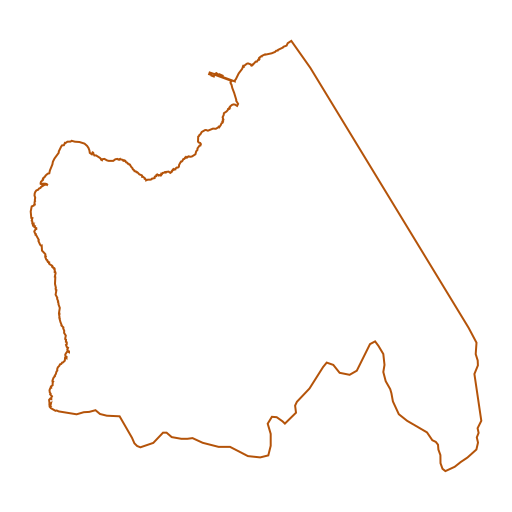 Ngetbong, Ngardmau, Palau (Robinson projection)
{"feature_id": "81905179B3509636164924", "entity_name": "Ngetbong", "entity_type": "district", "adm_level": 2, "iso_a3": "PLW", "parent_name": "Palau", "parent_adm1": "Ngardmau", "projection": "robinson", "projection_center": [134.551, 7.586], "detail": "fine", "context": "isolated", "style": "outline", "palette": "amber", "viewbox_px": 512, "rotation_deg": 0, "n_neighbors": 0, "source": "geoboundaries", "source_scale": "gbopen_adm2", "svg_char_len": 5847}
<svg xmlns="http://www.w3.org/2000/svg" viewBox="0 0 512 512"><path d="M291.3,40.9L287.7,43.2L286.6,45.6L283.4,46.8L283.0,47.5L278.0,49.9L277.8,50.5L276.1,50.8L275.1,51.9L271.7,53.3L265.2,54.7L265.0,54.4L262.0,55.8L261.8,56.4L261.0,56.4L259.1,57.9L259.0,59.0L259.4,59.2L259.0,59.8L258.3,59.6L256.8,61.7L255.7,61.6L252.5,65.1L252.2,64.7L251.3,65.5L250.5,64.3L248.0,63.4L246.7,63.8L244.1,65.9L243.3,65.7L243.0,66.2L243.5,67.0L242.8,67.2L242.1,68.9L238.7,73.4L235.9,79.1L234.8,80.5L234.8,81.4L222.5,76.9L222.7,75.7L219.3,74.2L218.2,74.6L216.4,73.1L214.5,74.1L209.7,72.5L209.1,74.2L211.6,75.0L211.5,75.6L213.8,76.5L214.3,74.6L231.8,81.0L230.5,82.3L230.7,83.4L231.5,84.7L232.3,88.0L234.2,93.0L236.3,100.0L236.2,100.8L238.1,103.9L237.1,105.9L235.0,104.6L233.5,104.4L232.0,104.9L230.3,106.3L229.7,107.1L229.9,107.7L229.3,107.8L229.3,108.9L228.1,109.0L227.9,109.9L226.5,111.5L223.9,113.2L223.7,115.0L222.6,117.2L223.1,118.4L222.8,119.1L223.4,119.8L222.4,121.3L223.0,121.8L222.5,122.8L221.5,123.3L220.8,125.0L219.2,127.3L218.6,126.8L218.2,127.4L215.8,128.8L213.0,128.6L207.9,130.7L206.0,130.0L205.0,130.1L201.7,132.0L200.3,134.5L199.5,134.8L199.0,136.0L198.2,136.6L198.1,139.3L198.0,141.5L198.6,142.4L200.2,143.0L200.9,144.1L200.4,145.5L199.6,145.5L197.5,148.4L197.4,150.0L196.2,151.3L195.4,154.3L191.9,156.5L190.0,156.8L188.8,156.3L187.3,157.4L187.0,157.0L186.5,157.5L185.9,157.1L185.6,157.8L185.0,157.7L184.4,158.9L183.3,159.1L182.4,160.9L181.6,161.6L181.1,161.5L180.4,162.5L179.1,164.9L178.9,166.7L177.8,167.6L176.6,167.6L175.2,168.9L175.3,169.4L174.1,169.7L173.6,169.2L173.2,169.8L172.9,169.6L171.7,171.2L172.0,171.4L171.8,171.8L170.3,172.9L168.6,171.6L166.4,171.9L165.9,172.5L165.5,172.0L164.7,172.1L163.9,172.8L162.7,172.9L162.1,173.9L161.3,173.6L160.8,174.9L161.5,176.0L160.2,175.2L158.8,175.5L158.8,175.0L157.3,174.8L157.1,174.5L156.3,175.1L156.2,176.2L154.8,176.6L154.6,178.1L151.8,178.7L151.5,179.3L150.3,179.7L147.7,179.7L146.2,180.3L146.2,179.8L144.8,178.9L145.0,178.4L143.3,177.0L142.1,176.8L142.2,175.8L141.8,175.3L139.4,174.4L137.3,172.2L136.5,172.3L135.9,171.4L134.5,171.2L134.3,170.4L132.8,169.3L132.6,168.4L131.0,166.6L130.0,164.7L129.4,164.7L128.8,163.9L127.8,163.7L127.3,162.7L126.1,162.3L125.4,160.9L124.5,160.3L124.0,160.4L123.8,160.9L123.2,160.7L122.9,159.9L120.6,159.3L119.2,159.8L118.8,159.7L119.0,159.3L118.4,159.5L117.4,158.9L115.3,159.3L113.2,160.9L108.8,160.9L107.0,160.4L104.4,158.9L102.4,159.2L102.0,160.2L101.0,159.6L100.9,158.9L99.8,157.8L96.0,155.4L94.4,155.5L93.3,153.6L93.2,152.7L92.6,152.4L91.8,154.3L89.8,152.9L89.4,150.4L88.5,148.0L87.1,145.9L84.5,143.6L79.4,142.0L74.9,141.7L71.6,140.8L70.6,141.6L67.4,141.7L65.4,143.1L64.9,142.9L63.9,145.2L62.0,145.4L61.2,146.5L58.8,151.4L58.7,152.8L54.5,158.5L52.9,161.7L52.4,164.4L49.9,170.5L49.3,173.3L47.7,173.7L45.4,175.7L45.2,176.5L43.8,177.6L43.1,179.4L42.8,179.1L42.4,180.4L41.0,181.7L40.6,183.1L41.1,183.5L40.9,184.0L42.2,184.5L42.9,184.4L43.0,183.7L45.3,183.7L46.6,184.0L47.2,184.5L47.0,184.9L46.4,184.5L44.4,184.9L41.0,187.0L40.5,187.9L38.9,188.6L38.2,189.7L36.4,190.4L35.4,191.7L34.7,193.4L34.5,195.5L35.2,197.7L34.8,200.2L35.1,201.1L34.7,201.6L34.5,203.0L34.8,204.5L34.2,204.6L33.7,205.6L31.7,206.4L30.7,211.5L31.3,217.9L32.4,218.1L31.7,220.7L32.3,221.2L32.3,223.2L33.2,223.4L32.6,223.9L33.0,225.5L33.7,225.3L33.6,225.9L34.9,226.2L34.5,227.2L36.3,228.1L36.3,229.0L35.7,229.1L34.3,231.3L34.5,232.1L35.4,234.1L35.8,234.2L35.6,234.9L36.2,235.2L38.8,240.0L38.4,240.9L40.1,244.7L41.2,245.8L41.7,245.6L42.0,250.6L45.3,254.1L45.5,255.4L45.2,255.9L45.8,256.6L45.3,257.1L46.3,259.6L47.2,260.1L47.2,260.8L48.1,261.5L48.0,262.0L49.2,262.4L49.0,263.4L49.5,264.1L52.1,265.7L52.1,266.7L52.7,266.7L53.0,267.7L54.2,268.1L54.2,269.0L54.7,269.1L54.7,271.9L55.2,271.8L55.6,273.1L54.8,276.8L55.3,277.1L55.0,283.9L55.9,287.9L55.6,288.4L55.8,289.8L56.4,290.1L55.6,294.7L57.3,297.8L57.1,298.8L58.2,301.3L57.9,301.9L58.5,303.2L58.5,304.4L59.8,307.9L59.0,313.0L59.4,313.3L59.1,313.8L59.4,314.3L59.1,314.6L59.5,317.1L59.3,317.6L59.7,318.3L59.5,318.5L60.4,321.9L61.7,325.3L61.5,325.6L63.4,327.4L63.2,328.4L64.2,330.7L64.1,332.9L65.8,335.6L65.2,338.5L65.3,339.3L66.0,339.7L65.9,341.8L66.6,342.1L66.8,342.7L66.7,344.4L66.0,344.9L66.8,347.0L67.9,347.7L67.5,348.2L67.8,348.8L67.3,349.5L67.6,350.8L69.0,351.4L69.0,352.2L67.6,351.5L67.1,351.7L65.7,353.7L65.2,354.9L65.7,356.4L66.6,356.9L66.5,358.0L65.7,357.2L65.1,357.5L64.8,360.7L62.9,362.5L62.1,362.6L61.3,363.9L59.9,364.4L59.4,365.7L57.8,367.4L57.2,369.1L57.3,370.6L56.5,371.5L55.8,374.0L54.7,375.8L54.9,376.2L53.6,377.6L52.8,379.6L52.4,381.0L53.2,381.6L52.7,382.4L52.6,385.3L50.9,386.5L51.2,387.8L50.3,388.1L49.5,390.2L49.8,392.5L50.6,393.6L50.2,394.4L52.0,396.3L51.3,397.5L51.3,399.1L50.1,398.7L49.1,399.9L49.5,403.2L50.2,403.8L51.0,403.2L50.6,405.0L50.2,404.2L49.4,404.4L49.6,406.1L50.5,406.5L49.9,407.0L50.9,408.2L55.5,410.8L56.7,410.5L58.7,411.4L76.6,414.3L83.8,412.2L89.2,411.9L95.5,410.2L100.0,414.0L106.8,415.7L119.6,416.3L132.0,437.8L134.4,443.3L137.1,446.0L140.4,447.3L153.3,442.9L163.0,432.7L166.6,432.7L171.7,437.1L181.3,438.8L187.4,438.8L192.5,438.1L202.7,442.8L218.7,446.9L230.1,446.9L247.9,456.1L260.2,457.4L268.3,455.4L270.7,445.8L270.7,433.9L267.7,423.7L271.9,416.8L276.7,417.2L282.5,421.3L284.9,423.6L296.0,412.7L295.1,405.6L296.9,401.8L309.5,388.5L323.1,367.0L326.7,362.6L333.3,364.9L339.6,372.8L349.6,374.8L356.8,370.7L370.0,344.1L375.1,341.4L378.4,345.8L383.3,354.0L384.5,364.9L383.3,372.0L385.7,381.2L390.2,389.1L391.4,393.2L392.9,401.4L398.8,414.2L407.1,420.8L427.0,432.4L432.3,440.2L435.8,441.9L438.0,444.7L438.4,449.6L440.4,455.1L440.5,463.2L442.5,468.8L445.4,471.1L454.7,466.8L460.9,461.9L467.5,457.5L476.4,449.5L478.0,442.6L476.8,437.4L478.6,432.9L477.6,428.2L481.3,420.8L474.4,374.0L477.9,365.4L477.7,360.5L475.7,354.1L476.5,342.7L468.6,327.8L310.3,67.8L291.3,40.9Z" fill="none" stroke="#b45309" stroke-width="2"/></svg>